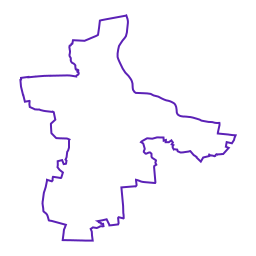 Rundāles pag., Rundales, Latvia (Mercator projection)
{"feature_id": "27541924B12061124033846", "entity_name": "Rundāles pag.", "entity_type": "district", "adm_level": 2, "iso_a3": "LVA", "parent_name": "Latvia", "parent_adm1": "Rundales", "projection": "mercator", "projection_center": [24.042, 56.399], "detail": "fine", "context": "isolated", "style": "outline", "palette": "violet", "viewbox_px": 256, "rotation_deg": 0, "n_neighbors": 0, "source": "geoboundaries", "source_scale": "gbopen_adm2", "svg_char_len": 5434}
<svg xmlns="http://www.w3.org/2000/svg" viewBox="0 0 256 256"><path d="M62.7,240.1L68.5,240.2L70.0,240.2L78.0,240.4L82.6,240.5L85.5,240.6L92.7,240.6L92.0,235.4L91.8,231.7L91.7,231.4L90.7,228.9L92.4,227.8L92.9,227.4L96.8,228.0L98.4,227.3L98.5,227.3L100.1,226.4L101.5,226.2L102.7,226.4L103.1,226.3L103.5,226.2L103.1,223.8L101.3,223.9L100.9,223.0L100.7,223.0L98.8,222.1L98.7,222.1L98.3,221.3L97.9,221.1L102.3,220.3L106.6,219.3L109.3,224.7L109.4,225.4L111.7,225.2L118.1,224.4L118.6,223.1L118.1,218.0L118.3,217.6L118.7,217.2L123.4,218.4L123.7,218.1L123.6,215.1L123.5,214.2L123.3,213.0L123.3,212.7L123.1,205.9L121.4,187.4L134.8,186.3L135.4,186.3L135.5,186.4L135.8,186.3L136.1,185.9L136.6,185.1L136.0,180.2L136.0,179.8L137.6,180.2L139.6,180.9L140.7,181.4L142.2,181.8L144.4,182.1L153.6,182.9L155.1,183.0L155.3,182.7L155.4,182.3L154.1,167.3L154.1,166.8L154.2,166.4L154.3,166.0L154.5,165.8L156.3,164.7L155.5,163.0L155.4,162.7L155.4,162.3L155.9,161.0L156.0,160.7L155.9,160.5L155.9,160.3L155.7,160.1L152.6,158.1L152.0,157.6L151.6,156.9L151.5,156.7L151.5,156.4L151.5,154.0L151.5,153.8L151.3,153.5L150.0,152.5L149.9,152.4L149.3,152.5L148.7,152.6L146.4,153.6L146.0,153.7L145.5,153.6L145.3,153.4L144.1,152.2L143.8,151.9L143.8,151.6L143.9,150.9L144.1,150.5L144.6,149.4L144.7,149.0L144.7,148.6L144.5,147.9L143.6,144.7L143.3,143.8L143.2,143.5L142.6,143.1L141.6,142.4L141.0,142.1L141.4,141.6L142.3,141.0L146.9,138.4L147.4,138.3L152.3,138.7L157.0,137.4L163.5,137.5L163.7,140.7L164.9,140.3L165.9,140.0L165.9,140.3L165.6,141.3L165.6,142.2L166.4,142.2L168.8,142.2L171.4,140.4L171.5,140.6L172.9,142.5L171.7,144.4L173.4,145.1L172.7,146.3L172.6,146.6L172.7,147.5L172.8,147.7L173.7,149.3L173.8,149.2L177.2,149.6L177.7,151.3L180.5,152.5L182.9,152.4L185.3,152.0L188.9,151.5L189.0,151.4L189.6,151.2L190.3,151.1L193.8,155.2L194.3,155.4L196.6,157.0L196.6,157.5L197.7,158.6L200.3,161.1L200.8,161.6L203.2,157.5L209.0,156.1L209.1,154.8L209.2,154.6L210.3,155.3L210.7,155.6L211.0,155.6L211.6,155.4L213.7,155.9L214.4,156.2L215.3,155.9L215.5,155.7L215.7,154.8L216.6,154.2L217.4,154.4L217.5,154.5L217.6,154.4L217.9,154.4L221.2,154.2L221.3,154.1L223.2,154.0L228.7,147.9L226.8,147.1L226.0,146.6L225.9,146.6L226.1,145.5L226.2,144.8L226.2,144.7L226.7,142.1L231.9,143.3L234.0,140.0L234.1,139.6L234.5,137.9L234.6,137.7L235.6,135.3L232.6,135.1L229.5,134.7L228.2,134.5L217.8,133.5L217.9,132.4L219.5,125.1L219.5,123.6L219.4,122.9L217.0,123.0L214.9,122.8L212.3,122.1L208.4,121.9L204.5,121.2L201.4,120.6L199.6,119.6L196.7,118.7L192.9,117.6L190.6,117.1L188.6,116.9L185.9,116.6L183.1,116.5L181.7,116.3L180.3,116.0L178.9,115.3L178.1,114.8L177.3,113.8L176.8,112.6L176.6,109.8L176.2,107.1L175.5,105.2L174.5,103.7L173.7,103.1L172.3,102.3L170.4,101.4L168.5,100.8L166.1,100.3L164.0,99.5L161.6,98.4L159.2,97.1L158.2,96.6L153.5,95.4L150.7,93.9L147.1,93.4L143.1,93.2L138.6,93.0L135.8,92.9L134.4,91.9L133.0,89.7L132.7,87.7L132.5,83.6L132.1,82.1L131.8,81.1L131.1,79.6L130.1,78.1L128.5,75.9L125.3,72.6L122.7,68.6L120.0,63.0L119.0,60.8L118.2,58.9L117.6,57.0L117.6,53.5L118.2,49.5L119.0,46.0L120.5,43.6L122.5,40.6L124.6,38.1L125.9,36.2L126.9,32.4L127.1,30.1L127.9,22.9L127.9,21.1L127.5,18.9L127.1,17.8L126.3,15.4L125.6,15.7L105.5,19.4L101.4,20.2L99.9,20.6L99.1,27.4L98.1,34.3L97.9,35.0L96.0,36.0L90.7,38.2L88.9,39.0L85.7,40.3L84.6,40.8L73.0,40.2L72.8,41.0L72.7,42.0L72.5,42.7L72.5,43.3L72.4,43.6L72.3,43.8L72.1,43.9L71.9,43.6L71.6,43.7L71.4,44.0L71.1,44.8L70.5,45.5L69.7,45.6L69.5,46.2L69.4,47.3L69.4,47.8L69.6,48.5L69.7,49.6L70.0,51.0L70.0,51.8L69.9,52.8L69.7,54.1L69.5,54.7L69.5,55.2L69.6,55.8L69.7,56.3L70.5,57.6L70.7,57.9L70.8,58.6L70.8,59.5L70.7,59.7L70.7,60.1L70.8,60.4L70.9,60.9L71.0,61.3L71.6,62.3L72.2,62.9L73.6,63.5L74.7,64.5L75.3,65.3L75.4,65.6L75.3,66.4L75.4,67.3L75.5,67.6L75.5,68.3L75.6,68.7L75.7,68.8L75.8,69.2L75.8,69.3L76.1,69.6L76.4,69.4L76.9,69.5L77.8,69.8L78.3,70.2L78.3,70.4L77.8,70.5L77.5,70.8L77.4,71.0L77.3,71.4L77.3,71.5L77.4,71.9L77.6,72.0L78.0,72.0L78.3,72.1L78.6,72.8L78.6,73.2L78.7,73.3L78.6,73.8L78.5,74.0L78.3,74.2L78.3,74.4L78.0,74.6L77.8,74.9L77.5,75.0L77.1,75.2L76.5,75.6L76.2,76.1L76.2,76.5L71.3,75.7L69.7,75.5L67.4,75.4L52.7,75.7L50.3,75.8L50.3,75.7L47.0,75.8L44.0,75.9L37.6,76.4L35.8,76.6L35.7,76.5L35.2,76.6L28.4,77.3L28.4,76.9L21.0,77.9L21.0,78.3L21.1,79.6L20.4,79.9L21.0,86.6L23.1,95.2L23.3,95.2L24.9,101.7L29.5,100.9L29.6,101.0L29.4,104.0L29.4,104.5L29.8,107.0L33.4,108.6L35.0,109.4L36.2,109.4L36.7,109.5L39.4,109.5L40.3,110.0L41.1,110.2L43.6,110.8L45.4,111.1L52.3,111.9L52.7,111.6L53.6,112.2L53.8,112.3L53.8,112.5L55.3,119.7L51.0,123.6L50.9,123.8L51.0,126.7L51.4,133.0L51.5,133.2L51.6,133.5L52.0,133.8L55.7,137.6L56.3,138.1L59.7,138.3L66.6,138.5L67.6,138.7L69.3,139.5L69.2,139.6L69.0,140.9L69.0,141.5L69.0,147.6L68.2,150.3L68.1,150.5L67.2,151.9L66.6,157.0L66.4,157.7L65.5,159.6L66.5,160.6L66.0,163.7L65.9,163.8L63.7,164.1L62.9,162.1L62.1,160.1L57.7,161.2L57.8,165.1L57.5,167.2L59.6,169.9L62.9,172.5L61.3,177.6L61.0,177.9L60.9,178.0L60.6,178.0L57.7,177.5L53.0,176.8L52.9,176.9L52.7,178.1L52.6,178.6L52.6,180.4L52.5,180.5L51.8,181.3L47.0,179.8L46.9,181.2L45.7,187.1L45.4,188.0L44.6,190.6L44.0,192.3L43.9,192.7L43.7,194.0L42.8,200.8L42.6,201.9L42.6,202.1L42.6,202.6L42.6,203.0L42.5,203.3L42.7,204.8L42.9,206.3L43.2,208.2L43.4,211.1L43.6,211.5L46.1,213.5L47.0,214.6L47.6,216.0L48.1,217.7L48.7,219.9L48.8,220.3L49.0,220.5L51.6,220.9L65.9,224.8L64.5,228.5L64.0,229.5L63.7,232.0L63.7,232.3L62.9,238.5L62.7,240.1Z" fill="none" stroke="#5b21b6" stroke-width="2"/></svg>